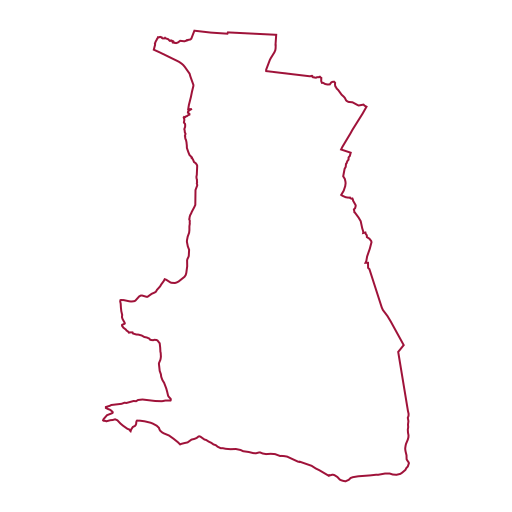 Crucisor, Satu Mare, Romania
{"feature_id": "2599482B33084136959102", "entity_name": "Crucisor", "entity_type": "district", "adm_level": 2, "iso_a3": "ROU", "parent_name": "Romania", "parent_adm1": "Satu Mare", "projection": "albers", "projection_center": [23.236, 47.656], "detail": "fine", "context": "isolated", "style": "outline", "palette": "rose", "viewbox_px": 512, "rotation_deg": 0, "n_neighbors": 0, "source": "geoboundaries", "source_scale": "gbopen_adm2", "svg_char_len": 6015}
<svg xmlns="http://www.w3.org/2000/svg" viewBox="0 0 512 512"><path d="M389.6,473.5L392.7,474.5L396.4,474.8L400.3,473.9L402.1,472.7L405.4,469.9L406.3,468.1L407.8,466.5L408.9,463.2L408.7,462.5L407.2,460.3L406.6,459.2L406.5,455.3L405.6,451.6L405.3,449.9L405.2,448.3L405.6,445.6L406.0,443.9L407.8,439.6L408.4,437.3L408.5,435.3L408.0,432.7L407.8,429.7L408.2,427.1L408.0,424.6L408.4,421.2L407.8,417.8L408.5,415.9L408.6,413.9L407.9,410.7L398.2,351.9L403.7,345.1L390.8,321.6L387.5,316.1L382.9,310.0L381.8,307.6L369.4,269.1L368.3,268.1L368.1,267.8L368.0,262.8L365.5,262.8L366.3,261.1L367.1,256.5L369.8,248.7L371.5,242.2L371.2,241.0L369.4,238.7L366.9,237.1L366.8,235.3L365.8,234.0L365.4,232.5L363.2,233.0L363.3,232.6L363.1,231.1L362.2,228.2L360.7,221.2L358.6,217.6L355.0,212.7L354.4,212.3L354.4,211.8L353.9,209.4L355.1,208.2L355.6,206.4L355.7,205.3L353.1,200.7L352.9,199.6L352.4,198.5L351.6,198.7L350.8,198.4L350.1,198.0L350.0,197.6L348.0,197.6L345.6,197.2L342.3,195.7L341.2,194.9L343.7,190.7L345.2,186.2L345.6,183.2L345.4,181.4L344.8,178.9L343.2,176.3L344.6,168.8L345.7,166.9L346.0,163.9L346.6,163.3L346.9,162.2L347.6,160.7L348.5,159.7L348.6,159.0L348.5,157.9L348.8,157.1L349.8,156.0L350.7,152.7L341.1,149.5L342.3,147.0L350.4,133.5L352.5,129.7L362.6,113.6L366.5,106.7L364.6,105.7L364.1,105.2L363.5,104.6L358.7,105.5L357.7,105.1L352.5,102.3L348.4,101.9L346.8,101.0L346.1,100.4L344.9,98.0L343.8,96.7L341.6,94.7L338.2,90.0L336.6,88.5L336.1,87.3L335.5,86.7L335.2,85.9L335.0,84.4L335.1,82.8L334.1,81.7L332.3,81.9L331.2,82.5L329.8,84.4L327.5,84.5L325.1,84.0L323.2,82.9L321.9,82.9L321.2,81.0L321.3,77.9L320.6,77.5L319.9,76.7L319.4,76.8L319.0,77.2L317.0,77.2L316.1,77.7L315.1,77.7L314.2,77.3L313.1,77.3L312.3,76.7L312.3,76.0L312.0,75.8L310.0,76.3L266.2,71.1L266.1,70.1L266.3,69.3L269.9,59.8L270.8,58.1L274.4,52.3L275.3,50.2L275.6,48.3L275.7,45.0L275.5,44.9L276.2,34.8L227.9,32.4L227.4,33.7L210.9,32.6L194.4,30.7L191.3,38.7L190.8,39.1L190.3,39.5L187.1,40.1L187.2,40.4L184.4,41.3L180.2,40.8L177.9,42.5L176.1,43.1L174.7,42.9L174.5,42.5L174.0,42.3L173.1,42.7L172.7,42.5L172.5,41.6L172.8,41.1L171.1,40.4L170.8,40.9L169.8,40.9L168.2,39.2L165.5,38.3L165.0,37.8L164.4,38.4L162.6,38.4L161.7,37.8L161.7,37.4L160.3,36.9L159.3,37.1L158.9,37.4L158.0,37.2L157.4,38.6L156.9,39.1L156.6,40.0L155.8,41.3L155.2,42.8L155.2,43.1L154.9,43.4L155.1,44.9L154.7,46.2L153.8,49.7L159.1,52.1L177.4,61.0L179.3,62.0L181.7,63.7L183.3,65.1L184.8,66.9L189.6,73.7L190.4,76.5L193.4,84.9L193.4,85.9L192.0,91.6L190.9,97.0L188.9,104.9L188.2,109.2L191.0,109.1L191.1,109.3L189.8,110.0L188.1,111.4L187.9,112.7L189.3,113.7L189.5,114.1L189.4,114.7L188.3,115.1L186.8,116.2L186.1,116.3L185.1,117.2L184.1,116.9L183.7,117.4L184.3,119.5L184.3,120.3L183.9,122.4L184.3,123.1L184.9,123.6L185.2,124.9L185.1,126.9L184.3,129.1L184.6,130.1L184.9,132.6L185.4,133.4L185.5,133.9L184.9,135.9L185.2,136.4L185.1,137.0L185.4,138.8L186.0,140.0L186.5,142.4L186.6,143.6L186.8,145.2L186.9,148.0L188.4,152.3L189.5,155.0L191.9,157.4L191.6,157.9L192.9,159.3L194.0,162.0L195.7,163.2L196.8,164.7L197.2,165.8L196.8,174.8L196.4,176.9L196.6,178.7L197.0,179.8L196.9,181.0L197.1,182.2L196.8,183.3L197.2,184.9L197.2,185.5L195.5,190.0L195.3,204.9L194.3,207.1L191.8,211.8L191.1,213.5L190.2,215.1L189.6,217.1L189.5,218.4L189.2,219.1L189.8,220.8L189.7,222.6L189.8,223.7L189.4,226.3L189.4,230.2L189.1,232.8L187.7,236.6L187.0,240.1L186.9,241.8L187.2,243.3L187.8,246.3L189.1,249.8L188.8,255.6L188.6,256.6L187.4,259.1L187.1,260.3L187.2,266.2L186.3,272.9L185.7,275.0L184.5,276.8L178.6,281.5L176.6,282.5L174.9,283.0L171.5,282.8L170.5,282.5L166.3,279.8L164.7,279.2L163.7,281.1L161.2,284.5L160.1,286.4L157.0,289.8L155.9,291.7L154.7,292.5L151.7,293.8L147.5,296.8L146.5,296.8L142.0,295.5L140.9,295.5L139.2,296.4L135.4,300.6L134.5,301.1L132.6,301.4L131.0,301.5L129.3,301.3L123.7,300.1L120.9,300.0L120.4,300.2L120.2,301.4L120.7,303.8L120.9,307.5L121.3,311.2L122.2,315.0L122.0,316.4L122.0,317.3L122.6,319.1L124.5,322.5L124.8,323.3L124.6,323.7L124.2,323.9L122.3,324.7L122.0,325.0L122.1,325.9L123.4,327.7L125.9,329.6L126.5,330.5L128.0,331.5L129.0,332.7L129.7,332.4L132.5,332.4L133.0,333.5L136.3,334.5L138.4,334.6L141.7,335.5L144.3,337.0L146.8,337.5L149.3,338.6L150.1,339.7L151.1,340.0L153.1,340.2L154.5,339.8L156.5,340.0L157.5,340.5L159.7,343.3L160.2,347.8L160.4,351.8L160.7,352.9L160.9,356.7L160.6,358.8L160.3,360.0L159.1,362.8L158.9,363.7L159.7,370.9L160.9,374.3L161.2,376.7L162.0,379.0L162.6,380.4L164.1,382.8L166.3,388.6L167.2,391.9L168.1,395.7L168.6,396.6L170.7,398.9L170.8,399.9L170.5,400.5L165.5,400.5L162.7,401.1L161.4,401.2L155.2,401.0L142.5,399.5L138.0,400.0L136.1,401.2L133.6,401.0L126.3,403.0L124.6,402.7L121.6,403.8L111.3,405.0L109.8,405.8L105.9,407.0L105.9,408.0L108.4,409.2L109.5,409.5L110.7,410.2L112.5,411.8L112.7,412.2L112.7,412.7L112.1,413.2L107.0,415.2L104.1,418.5L103.4,419.4L103.1,420.4L103.8,420.8L105.6,420.9L106.3,421.3L110.4,420.2L112.7,420.0L115.1,419.3L117.4,420.3L120.4,423.5L122.9,425.6L127.4,428.8L129.3,429.5L129.9,430.5L130.6,431.2L131.1,429.6L132.8,427.0L135.0,425.9L135.7,425.0L136.2,423.7L136.2,422.9L136.5,421.3L137.0,420.6L140.1,420.7L144.6,421.3L150.5,422.7L152.6,423.5L156.7,425.7L158.9,427.8L159.6,429.7L160.2,430.7L162.0,432.3L163.7,433.3L169.0,435.5L173.5,438.7L178.0,442.3L180.1,444.4L181.2,443.9L184.3,443.1L187.6,442.4L191.5,439.6L194.4,438.9L196.6,438.0L198.5,436.5L199.3,436.3L200.5,436.7L204.4,439.5L206.2,440.0L208.5,441.5L211.4,442.9L213.4,444.4L215.8,445.2L217.6,446.7L220.7,448.2L222.8,448.2L225.7,448.8L230.6,449.2L235.8,449.0L240.6,450.0L243.1,451.2L248.8,452.0L253.2,453.1L255.9,453.3L258.9,452.5L260.0,452.4L262.7,453.5L266.1,454.1L270.7,453.8L275.0,454.1L280.1,456.0L281.4,455.9L284.1,456.1L287.1,456.6L297.9,461.6L299.6,462.0L299.8,461.7L311.6,465.8L315.8,468.5L319.3,470.2L328.8,475.8L329.2,475.1L330.3,475.3L332.0,474.8L332.8,474.7L334.4,475.1L337.4,477.0L339.8,479.6L341.3,480.3L343.3,480.9L345.5,481.3L348.8,479.8L350.6,478.0L352.8,477.2L358.1,476.3L370.2,475.4L376.4,474.7L378.0,474.8L385.2,473.5L389.6,473.5Z" fill="none" stroke="#9f1239" stroke-width="2"/></svg>